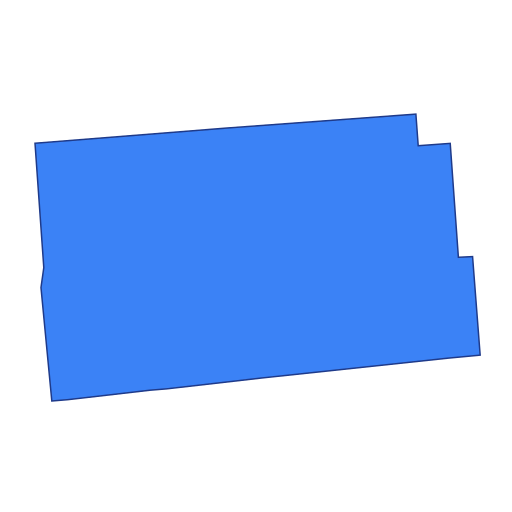 Fulton, Ohio, United States of America, rotated 176°
{"feature_id": "52423323B87203223255400", "entity_name": "Fulton", "entity_type": "district", "adm_level": 2, "iso_a3": "USA", "parent_name": "United States of America", "parent_adm1": "Ohio", "projection": "albers", "projection_center": [-84.164, 41.603], "detail": "fine", "context": "isolated", "style": "filled", "palette": "blue", "viewbox_px": 512, "rotation_deg": 176, "n_neighbors": 0, "source": "geoboundaries", "source_scale": "gbopen_adm2", "svg_char_len": 390}
<svg xmlns="http://www.w3.org/2000/svg" viewBox="0 0 512 512"><g transform="rotate(176 256 256)"><path d="M86.6,386.4L275.5,385.7L468.6,383.9L468.5,259.2L472.7,239.5L469.8,125.6L469.7,125.6L453.8,125.8L371.6,129.5L354.6,129.7L259.2,133.9L71.7,140.7L41.8,141.4L39.3,141.5L40.0,240.3L54.2,240.6L54.4,354.8L86.5,354.7L86.6,386.4Z" fill="#3b82f6" stroke="#1e3a8a" stroke-width="1.5"/></g></svg>